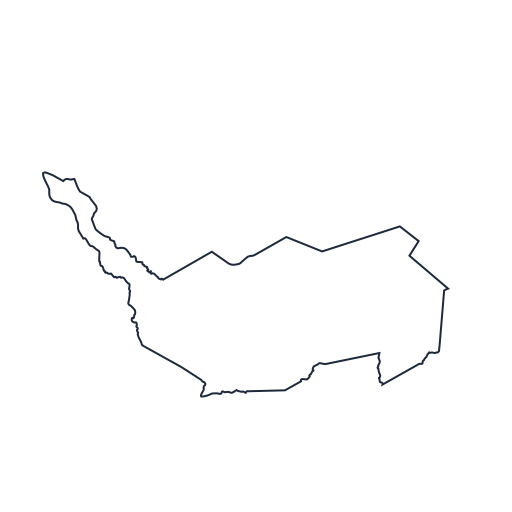 Sensenti, Ocotepeque, Honduras, rotated 332°
{"feature_id": "27666195B50269536793474", "entity_name": "Sensenti", "entity_type": "district", "adm_level": 2, "iso_a3": "HND", "parent_name": "Honduras", "parent_adm1": "Ocotepeque", "projection": "albers", "projection_center": [-88.964, 14.531], "detail": "fine", "context": "isolated", "style": "outline", "palette": "slate", "viewbox_px": 512, "rotation_deg": 332, "n_neighbors": 0, "source": "geoboundaries", "source_scale": "gbopen_adm2", "svg_char_len": 6128}
<svg xmlns="http://www.w3.org/2000/svg" viewBox="0 0 512 512"><g transform="rotate(332 256 256)"><path d="M291.7,253.5L255.3,254.5L252.9,254.2L251.4,253.4L249.8,253.0L248.3,252.8L244.8,253.5L240.8,254.4L239.4,254.9L237.4,255.0L234.8,254.3L232.3,253.3L230.4,252.2L228.5,250.1L219.0,231.5L162.9,233.3L162.5,232.3L162.1,231.8L161.8,231.7L161.3,232.1L161.0,232.0L159.9,230.7L159.4,229.9L159.4,229.6L159.5,229.1L159.5,228.7L158.9,227.6L157.7,223.8L157.2,223.4L156.6,222.7L155.5,222.6L155.2,222.5L155.0,222.3L155.0,221.8L155.3,221.1L155.6,220.5L156.0,220.2L155.8,220.0L155.0,220.4L154.3,220.4L153.1,218.0L153.1,217.9L153.3,217.8L153.6,217.9L153.9,217.9L154.5,217.4L154.1,215.5L154.2,215.2L154.6,215.0L154.7,214.8L154.4,214.2L152.8,212.7L152.7,212.4L152.9,211.8L152.8,211.3L152.6,210.9L152.1,210.6L152.0,210.3L152.0,210.1L152.1,209.4L152.4,208.8L152.6,208.4L152.6,208.2L152.0,207.7L148.5,205.5L148.2,205.1L147.9,204.7L147.9,204.1L148.4,202.9L148.9,201.2L149.0,200.5L148.9,199.8L148.6,199.3L148.2,198.9L147.9,198.8L147.2,198.9L146.7,198.8L145.7,198.3L145.4,197.9L145.3,197.3L145.5,196.3L145.6,195.7L144.9,191.2L144.5,189.4L144.2,188.6L143.4,187.4L142.2,186.3L141.2,185.7L140.1,185.2L137.8,184.4L137.2,183.9L136.8,183.4L136.5,182.6L136.5,181.7L136.6,181.0L137.1,180.0L137.2,177.8L137.4,177.3L137.7,176.7L137.6,176.3L137.4,176.0L136.2,174.9L135.0,173.4L134.9,172.9L135.4,171.8L135.4,171.5L135.3,171.1L134.3,169.8L132.4,168.1L131.4,166.8L130.3,164.8L128.6,161.4L127.7,159.2L127.0,157.2L127.0,156.3L127.9,149.5L128.1,147.1L128.3,146.5L128.7,145.9L129.3,145.4L130.8,144.5L131.7,143.8L132.5,143.0L132.7,142.5L135.1,141.6L136.4,140.9L137.6,139.5L138.3,136.9L137.8,133.9L137.3,130.8L136.8,128.7L136.7,125.7L130.8,116.4L130.7,113.4L130.8,110.6L131.8,102.7L128.3,101.6L126.1,99.8L125.1,99.1L123.6,98.8L122.8,98.8L121.0,99.4L114.4,89.1L110.0,84.0L108.5,82.9L106.9,82.9L106.0,84.9L105.4,87.3L105.1,93.2L105.1,95.9L104.9,98.6L104.6,100.4L103.1,103.1L102.0,105.6L101.7,108.1L102.2,111.0L103.7,113.3L105.7,115.1L107.5,116.3L109.9,119.0L112.1,120.5L113.2,122.0L114.4,123.8L115.1,125.4L115.6,127.6L115.7,130.1L115.7,135.0L114.3,140.1L114.3,142.5L113.5,145.0L111.9,147.9L111.2,150.6L111.7,159.6L113.0,159.8L113.3,160.1L113.6,160.5L113.8,161.6L114.0,167.0L114.3,168.7L114.8,169.6L116.0,170.4L116.8,171.7L117.8,174.3L118.6,176.1L119.5,177.5L119.7,178.1L119.5,179.2L118.9,180.4L117.2,183.2L115.1,187.0L115.1,187.3L115.5,187.7L115.5,188.0L114.8,189.4L114.5,190.5L114.4,191.0L114.5,192.0L115.3,192.6L115.5,193.4L115.4,194.8L114.8,197.5L115.4,198.3L115.4,198.6L115.1,199.4L115.2,199.9L115.4,200.2L115.6,200.4L116.2,200.4L116.5,200.6L116.8,201.0L117.0,201.9L117.9,202.7L118.7,203.2L119.5,203.3L119.7,203.5L120.3,205.8L120.6,207.7L120.8,208.1L121.2,208.3L121.9,208.3L122.4,208.6L122.7,209.0L122.7,209.7L122.9,209.9L125.2,210.2L125.8,210.4L126.3,210.6L126.4,210.9L126.4,211.4L126.6,211.7L126.9,211.9L127.5,212.0L127.9,212.1L128.8,213.1L129.1,213.6L129.2,214.1L129.3,216.4L129.9,219.0L130.2,219.9L130.9,220.9L131.0,221.4L130.9,221.9L130.3,223.0L129.8,223.8L128.8,224.9L128.5,225.5L128.3,226.3L128.4,227.5L128.2,228.2L127.9,228.6L127.0,229.1L126.6,230.4L125.7,231.8L123.1,235.3L121.5,237.1L121.0,238.0L120.9,238.7L121.0,239.4L121.2,239.9L121.8,240.7L122.1,241.2L122.9,243.7L123.4,245.8L123.6,247.2L123.1,248.7L122.6,249.6L122.1,250.3L121.7,250.7L121.1,250.8L120.8,251.0L120.0,252.2L119.1,253.1L118.9,253.2L118.6,253.3L118.4,253.1L118.1,252.6L117.8,252.6L117.5,252.6L117.1,252.9L116.7,253.3L116.2,254.3L116.1,254.8L116.1,255.4L116.2,256.0L116.5,256.5L117.5,257.7L117.9,257.9L118.5,258.0L118.8,258.2L119.0,258.6L119.0,259.1L118.8,259.9L118.5,260.7L118.2,261.2L117.5,261.8L117.3,262.3L117.3,262.9L117.7,263.7L117.6,264.4L117.3,264.9L116.3,265.3L116.0,265.8L115.8,266.6L115.9,267.6L115.9,268.1L115.5,268.8L114.8,269.6L114.6,270.5L114.2,272.6L114.2,277.9L114.1,278.6L113.7,280.0L113.6,281.0L113.8,281.4L114.2,282.0L114.3,282.5L137.9,318.9L149.5,339.7L149.6,340.9L150.0,342.0L151.1,343.1L151.3,344.6L151.2,345.2L150.9,345.6L150.4,346.1L149.2,346.3L148.6,346.8L148.0,347.5L147.4,348.9L146.9,349.6L146.0,350.3L143.8,351.6L142.8,352.4L141.9,353.3L141.7,353.8L141.8,354.4L142.4,354.8L143.9,355.4L147.2,356.3L149.5,356.6L152.0,356.7L153.3,357.0L156.8,358.8L157.7,359.4L159.1,360.6L160.1,361.1L160.6,361.1L161.0,361.0L161.3,360.7L161.7,360.2L162.1,359.9L162.5,359.8L162.9,359.9L163.5,360.3L164.0,361.2L164.4,361.5L165.3,362.0L166.8,362.5L167.6,362.9L168.5,363.6L169.6,364.9L170.1,365.3L170.7,365.5L171.1,365.6L172.2,365.4L172.9,365.6L174.1,365.3L175.9,365.3L176.3,366.1L176.9,366.8L178.6,368.4L180.0,369.4L180.4,369.5L180.9,369.5L181.2,369.7L181.8,370.6L182.3,371.6L182.6,371.9L183.1,371.9L183.6,371.4L184.1,371.2L184.5,371.2L184.9,371.3L185.7,371.8L218.5,388.2L236.9,387.8L237.0,387.2L237.4,386.7L237.8,386.3L238.3,386.2L239.2,386.5L240.8,387.4L242.7,388.8L243.0,388.9L243.4,388.9L245.4,388.3L246.7,387.7L247.0,387.3L247.1,386.5L247.5,386.2L247.9,386.1L248.6,386.2L249.0,386.1L251.7,384.2L252.0,384.2L252.6,384.3L252.9,384.2L253.0,384.1L253.1,383.8L252.7,383.2L252.8,382.7L253.7,381.7L255.2,380.6L259.7,380.7L261.6,380.3L262.2,380.6L264.9,382.9L266.8,384.1L319.4,399.6L316.3,403.4L316.1,405.9L315.9,407.0L315.6,407.6L314.0,409.1L312.6,409.9L312.4,410.2L312.0,411.0L311.7,411.2L311.2,411.4L310.9,411.7L310.8,412.2L311.1,412.8L311.1,413.3L310.4,414.7L310.2,415.5L309.9,417.2L309.8,418.8L309.7,419.6L309.3,420.3L308.6,421.0L308.1,421.2L307.5,421.3L307.3,421.6L307.1,422.0L307.3,422.6L307.2,422.9L306.6,424.2L306.3,425.2L306.4,425.5L307.6,426.9L307.9,427.3L307.9,427.8L307.9,428.2L307.7,428.6L307.4,428.9L348.7,427.9L349.4,427.9L350.1,428.1L350.8,428.5L351.5,429.0L352.1,429.1L352.4,429.0L352.8,428.8L353.4,427.7L354.3,426.9L354.6,426.8L355.6,426.7L356.7,425.8L359.2,425.0L361.2,423.4L361.7,423.2L362.4,423.1L363.0,422.6L363.5,422.4L363.8,422.5L363.8,422.9L363.9,423.0L364.6,423.4L365.6,423.6L366.1,423.8L366.7,424.2L367.4,425.0L368.6,425.7L369.1,425.8L369.8,425.8L370.5,426.2L371.2,426.4L371.8,426.3L372.9,425.9L376.4,420.7L405.9,374.8L408.3,374.7L410.3,375.0L391.6,327.8L406.6,319.2L396.9,297.4L316.5,283.0L291.7,253.5Z" fill="none" stroke="#1e293b" stroke-width="2"/></g></svg>